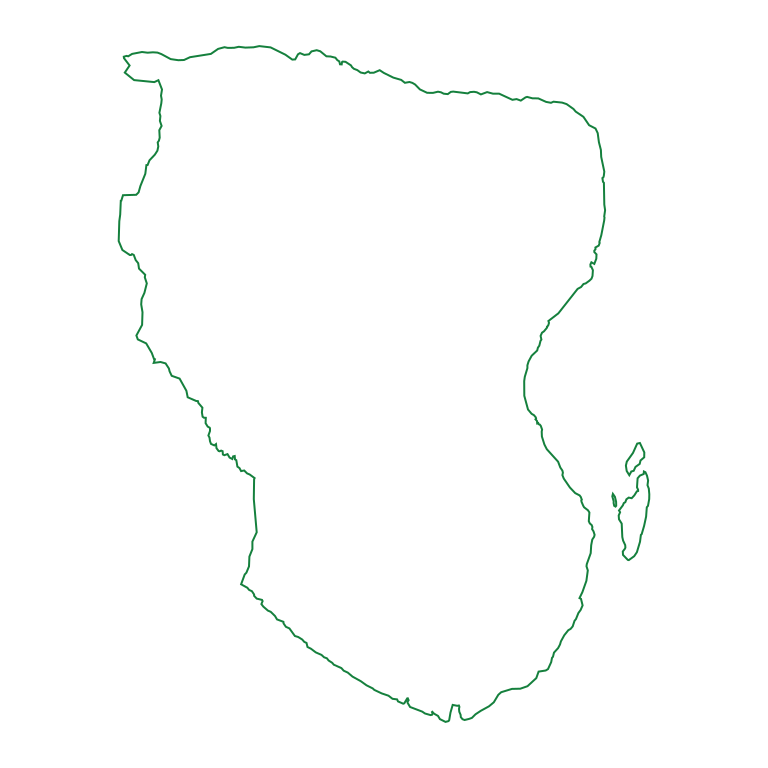 outline of East Malo, Sanma, Vanuatu
{"feature_id": "77236927B67571127096265", "entity_name": "East Malo", "entity_type": "district", "adm_level": 2, "iso_a3": "VUT", "parent_name": "Vanuatu", "parent_adm1": "Sanma", "projection": "equal_earth", "projection_center": [167.207, -15.69], "detail": "fine", "context": "isolated", "style": "outline", "palette": "green", "viewbox_px": 768, "rotation_deg": 0, "n_neighbors": 0, "source": "geoboundaries", "source_scale": "gbopen_adm2", "svg_char_len": 6038}
<svg xmlns="http://www.w3.org/2000/svg" viewBox="0 0 768 768"><path d="M241.1,584.3L247.4,587.8L249.1,589.9L251.9,591.2L254.1,594.5L254.1,595.8L256.7,598.6L262.0,599.9L262.6,601.1L261.4,604.1L263.3,606.6L267.9,610.6L270.7,611.8L275.0,616.0L277.0,619.4L283.4,621.8L283.6,623.5L285.9,626.8L289.4,628.4L294.9,636.0L298.2,637.0L302.2,639.5L304.3,641.9L306.5,642.9L307.5,647.0L310.9,648.7L315.8,652.4L321.5,654.9L324.1,657.3L326.9,658.3L328.6,660.5L332.2,662.8L333.8,664.7L341.4,668.1L343.7,670.7L347.8,672.6L352.5,676.6L360.8,681.2L366.5,685.3L372.7,688.4L374.3,689.9L381.7,693.4L388.5,695.7L392.5,698.8L397.1,699.4L398.0,701.4L403.2,703.7L404.3,703.3L407.2,698.4L407.8,698.3L408.6,700.2L407.5,701.9L407.6,702.8L410.1,707.0L422.2,711.6L425.0,713.5L430.6,715.1L432.1,714.7L432.6,713.2L432.0,712.1L432.3,711.8L434.1,713.7L438.0,715.9L439.9,719.1L445.5,721.9L448.5,721.1L449.2,720.1L450.5,712.5L452.7,704.9L457.2,705.8L458.9,705.5L459.4,706.9L459.0,708.9L459.3,711.8L460.6,714.8L460.8,717.1L462.5,719.2L464.6,720.0L469.1,718.9L471.9,717.9L475.5,714.3L480.8,710.8L489.0,706.3L493.8,702.3L498.3,694.8L501.2,692.2L512.0,688.9L520.3,688.7L527.5,686.2L536.3,678.1L538.6,671.6L545.7,670.5L548.0,669.1L551.2,662.1L552.0,657.9L553.0,656.7L554.0,652.6L558.1,648.1L560.0,644.5L560.9,641.4L564.3,635.2L568.3,630.2L570.6,628.9L572.7,626.4L574.5,620.9L576.0,619.0L578.4,613.0L580.6,610.0L582.6,605.4L581.0,598.9L579.5,598.1L582.4,592.1L586.4,580.8L587.8,570.4L586.5,566.3L586.8,564.1L590.7,553.2L591.2,545.2L592.3,539.5L594.1,536.8L594.6,534.8L593.5,531.3L592.1,529.1L592.4,527.0L591.7,525.1L589.8,523.4L588.8,521.2L589.4,512.5L588.0,510.3L584.1,507.3L583.2,505.7L581.5,501.7L581.3,500.3L581.8,499.7L580.8,497.0L579.6,495.4L575.2,493.1L569.9,487.5L563.8,478.6L562.4,475.1L562.9,472.7L562.4,470.6L560.3,467.5L558.1,461.7L546.8,449.2L544.4,444.5L541.9,436.5L541.7,431.5L542.1,429.6L540.8,425.9L539.8,424.6L538.6,424.2L538.2,423.0L537.2,423.4L537.0,421.0L535.5,419.3L536.1,418.7L535.8,417.4L534.0,415.2L531.6,413.8L528.0,409.5L524.3,395.8L524.2,381.1L524.8,376.8L527.4,368.1L527.4,365.3L528.6,361.4L531.7,355.7L537.2,350.5L537.9,347.7L539.3,345.7L540.5,340.9L541.4,339.6L540.6,335.9L542.0,332.7L544.0,331.3L547.1,327.5L547.0,326.7L548.2,325.5L549.0,322.9L548.4,321.0L558.4,313.3L577.6,288.9L581.1,287.0L583.5,284.0L585.7,283.4L589.4,280.7L591.5,278.7L592.5,276.0L592.9,270.2L591.4,266.9L590.5,266.6L590.4,264.4L591.4,262.3L594.3,263.9L596.3,258.7L596.5,254.4L594.3,252.0L594.3,250.7L595.5,249.2L595.4,247.5L598.7,245.6L599.7,242.9L599.3,242.1L601.3,235.2L604.2,220.4L604.5,217.5L604.2,216.5L605.1,210.2L604.3,204.6L603.9,182.8L603.0,181.8L602.4,178.1L603.3,177.4L603.8,175.9L604.3,171.6L601.2,156.9L600.9,150.0L598.9,142.1L597.7,133.1L595.5,128.5L589.1,125.2L583.4,116.8L575.7,111.6L573.5,109.0L566.6,104.1L562.1,102.6L553.5,101.7L551.0,102.8L546.1,101.9L538.3,98.4L532.4,98.3L527.1,96.9L525.5,97.4L520.8,100.6L516.6,99.1L512.4,99.8L499.2,93.7L493.1,93.7L487.1,92.1L480.9,94.4L476.8,92.3L474.0,91.8L470.1,92.1L467.8,93.4L453.2,91.6L450.8,91.9L447.8,94.1L443.7,93.7L441.0,92.3L438.0,91.7L432.9,92.9L427.1,92.8L419.9,89.4L415.1,84.5L412.4,82.9L409.5,82.0L404.9,82.8L401.2,79.9L393.3,77.6L383.8,72.9L379.7,70.2L373.8,72.7L369.9,72.8L368.3,71.5L364.8,73.4L360.6,72.5L357.3,70.1L353.9,68.8L352.0,67.1L351.0,65.4L345.5,61.8L342.6,61.6L342.0,62.1L341.7,64.4L340.0,64.3L339.3,61.4L337.3,60.1L335.4,57.7L330.5,56.5L326.4,56.3L320.3,51.3L316.7,50.2L311.5,51.4L309.0,54.3L304.3,54.9L300.0,53.1L298.0,54.3L295.2,59.4L292.3,59.6L285.4,54.7L270.6,47.4L259.3,46.1L253.5,47.3L245.4,47.6L238.8,46.8L234.1,47.8L227.8,47.9L224.5,47.2L218.1,48.9L210.9,53.9L190.0,57.2L184.0,60.0L178.3,60.2L170.7,59.1L161.4,54.1L157.5,52.6L152.9,52.3L147.6,52.7L142.0,52.0L132.1,53.9L128.2,56.3L126.7,55.9L123.8,56.7L124.0,58.2L129.6,65.5L124.8,72.6L134.1,80.1L154.3,82.1L158.4,80.2L162.0,89.5L161.0,95.7L161.7,99.4L161.3,103.3L159.4,112.8L160.4,116.0L159.9,120.9L161.6,125.9L159.3,130.2L159.7,137.7L158.9,140.7L157.7,142.4L158.3,146.4L157.4,150.7L154.8,154.7L149.5,160.3L147.6,165.0L146.4,165.1L145.3,173.8L140.4,186.0L138.6,192.4L136.2,194.8L123.0,195.2L121.3,200.7L120.8,200.8L120.2,214.6L119.3,221.2L118.7,241.1L122.4,250.0L129.8,255.0L131.0,255.0L132.0,254.1L133.8,255.0L135.7,260.1L138.2,263.2L139.0,268.6L145.2,274.8L144.8,277.3L146.8,283.4L144.4,292.9L141.6,299.1L141.2,304.4L142.5,312.2L142.1,324.9L136.4,335.5L137.8,339.4L146.2,343.4L151.8,353.0L154.3,359.8L155.2,358.4L153.7,362.9L160.5,362.0L165.6,363.4L168.9,368.5L169.6,371.4L171.7,375.8L179.6,378.6L186.4,390.8L187.7,397.3L196.2,401.0L197.9,401.1L198.4,403.0L202.4,407.7L201.9,412.4L202.6,416.7L203.9,417.7L205.8,417.8L205.6,423.2L207.7,426.6L209.7,427.7L210.0,428.6L210.0,431.0L208.4,435.5L209.5,437.6L210.0,441.2L211.0,443.9L214.3,445.4L216.0,444.1L216.5,448.2L218.6,451.0L219.7,451.3L221.1,450.6L222.6,451.2L222.9,454.5L224.3,455.2L227.5,454.1L229.6,457.6L232.3,459.0L233.1,456.4L234.7,456.0L235.0,459.4L236.3,460.2L237.4,466.6L239.5,468.1L241.1,471.1L244.2,470.5L247.1,473.4L249.7,474.5L254.6,478.1L254.1,479.3L253.8,499.1L256.7,532.3L252.4,541.6L252.4,549.1L249.4,556.6L249.0,566.4L246.4,572.7L244.7,574.5L241.1,584.3ZM620.1,512.2L618.7,515.5L619.0,519.3L621.7,523.6L622.3,537.0L623.1,540.6L625.2,545.1L625.4,547.5L625.0,548.6L622.8,551.5L623.0,554.9L627.8,559.9L628.8,560.1L634.2,556.2L636.9,552.2L640.0,541.8L640.9,534.9L641.7,534.1L644.1,525.9L646.1,516.6L646.8,507.3L648.0,505.8L649.2,499.1L649.3,494.3L648.8,488.6L647.5,485.2L648.1,480.5L647.0,475.7L645.4,472.2L643.9,471.5L643.7,474.0L639.9,475.6L637.6,478.3L637.0,487.3L638.1,489.8L638.1,491.0L636.9,491.3L634.3,495.4L631.7,498.2L628.7,497.6L626.4,499.3L625.3,502.2L623.8,503.1L622.9,505.3L619.0,510.5L620.1,512.2ZM629.3,475.2L631.3,471.5L633.7,470.8L635.5,466.9L639.7,463.9L640.5,460.5L644.2,457.3L644.3,452.4L639.9,443.0L637.2,443.6L633.0,452.9L626.8,461.6L625.9,465.6L626.7,471.0L629.3,475.2ZM612.9,493.9L612.3,496.3L613.7,501.4L613.6,503.0L614.2,505.8L615.5,506.6L616.2,505.8L616.1,501.7L614.9,496.8L612.9,493.9Z" fill="none" stroke="#15803d" stroke-width="2"/></svg>